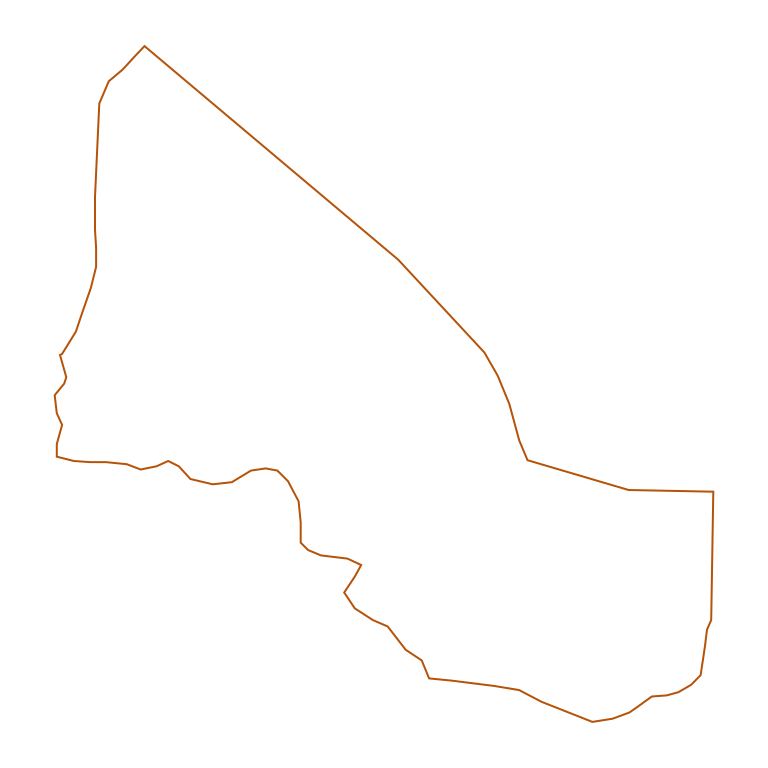 Tebedu, Sarawak, Malaysia
{"feature_id": "92858781B78299501514110", "entity_name": "Tebedu", "entity_type": "district", "adm_level": 2, "iso_a3": "MYS", "parent_name": "Malaysia", "parent_adm1": "Sarawak", "projection": "albers", "projection_center": [110.423, 1.04], "detail": "fine", "context": "isolated", "style": "outline", "palette": "amber", "viewbox_px": 768, "rotation_deg": 0, "n_neighbors": 0, "source": "geoboundaries", "source_scale": "gbopen_adm2", "svg_char_len": 1039}
<svg xmlns="http://www.w3.org/2000/svg" viewBox="0 0 768 768"><path d="M60.0,355.0L66.3,377.2L64.2,383.6L54.7,395.2L56.8,413.3L62.1,424.9L56.8,444.0L56.8,456.7L73.8,461.0L89.7,462.1L105.6,462.1L126.8,464.2L140.6,469.5L156.5,466.3L168.2,461.0L178.8,466.3L190.4,479.0L212.7,484.3L231.8,482.2L250.9,470.6L265.7,468.4L277.4,470.6L288.0,481.2L298.6,501.3L300.7,522.5L300.7,542.7L308.2,550.1L320.9,555.4L347.4,558.6L361.2,565.0L354.8,576.6L344.2,592.5L354.8,608.4L372.9,620.1L387.7,626.5L405.7,649.8L421.7,660.4L429.1,678.4L451.4,680.6L493.8,685.9L519.2,690.1L541.5,701.8L592.4,721.9L612.6,718.7L629.6,712.4L640.2,704.9L651.8,696.5L666.7,695.4L678.4,692.2L691.1,684.8L700.6,675.2L702.7,661.4L704.9,646.6L707.0,629.6L708.7,625.8L711.2,620.1L713.3,491.7L628.6,490.0L527.5,460.2L519.2,440.3L509.3,403.9L497.7,375.7L484.4,352.5L398.2,259.7L144.5,46.1L135.3,55.8L122.6,69.6L108.8,81.2L99.3,103.5L95.0,196.9L95.0,229.8L96.1,247.8L96.1,266.9L90.8,288.1L82.3,312.5L75.9,331.6L62.1,353.9L60.0,355.0Z" fill="none" stroke="#b45309" stroke-width="2"/></svg>